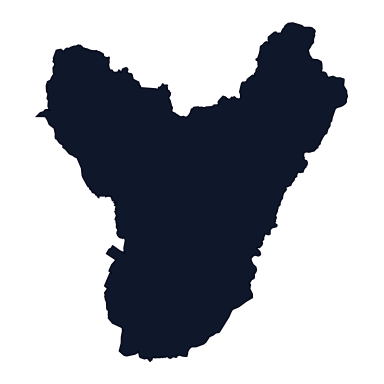 Mueang Lampang, Lampang, Thailand (Natural Earth projection)
{"feature_id": "78962969B84818875496031", "entity_name": "Mueang Lampang", "entity_type": "district", "adm_level": 2, "iso_a3": "THA", "parent_name": "Thailand", "parent_adm1": "Lampang", "projection": "natural_earth1", "projection_center": [99.504, 18.394], "detail": "fine", "context": "isolated", "style": "filled", "palette": "ink", "viewbox_px": 384, "rotation_deg": 0, "n_neighbors": 0, "source": "geoboundaries", "source_scale": "gbopen_adm2", "svg_char_len": 5863}
<svg xmlns="http://www.w3.org/2000/svg" viewBox="0 0 384 384"><path d="M167.2,87.5L166.7,86.3L167.4,85.6L167.2,85.2L163.9,85.3L162.8,84.0L162.2,84.5L162.3,85.5L160.9,86.5L160.2,87.6L159.4,87.4L159.0,88.2L158.6,87.8L158.1,89.3L157.3,89.9L156.3,89.0L140.5,87.8L140.3,86.1L139.4,85.1L138.6,82.1L134.2,80.0L132.8,78.8L132.1,75.0L131.4,73.9L128.4,73.3L127.2,72.6L127.1,71.2L127.8,69.5L126.8,68.0L125.9,67.8L122.8,69.0L121.3,72.5L120.4,72.2L119.6,70.5L118.9,70.2L118.2,71.7L117.2,72.4L113.5,72.4L112.0,70.2L110.0,70.1L109.2,68.5L108.4,64.9L109.0,62.2L108.8,59.8L109.2,57.5L108.6,57.3L107.3,57.9L104.6,57.2L103.4,55.9L103.1,54.0L99.2,51.8L98.5,51.9L96.3,50.7L94.7,51.0L90.9,50.6L86.4,48.8L85.3,48.9L83.8,48.0L82.8,48.5L82.1,46.9L80.3,45.4L79.2,45.5L78.4,45.1L75.7,46.4L74.3,46.2L70.9,47.4L68.9,48.6L67.0,48.3L65.3,49.3L64.2,51.3L62.4,50.7L60.9,49.4L56.4,50.3L53.5,58.2L53.8,59.8L53.2,61.3L53.4,62.0L54.7,63.1L54.9,63.9L54.8,65.2L53.2,67.7L53.4,72.2L54.0,73.9L51.8,77.3L50.6,80.3L47.6,81.7L46.4,85.8L46.7,91.4L48.1,94.0L47.2,98.6L48.6,100.3L48.1,106.2L49.4,109.7L45.8,109.7L44.7,110.4L43.8,111.8L40.3,112.8L36.7,116.4L44.6,116.4L45.9,117.2L47.6,120.0L49.3,124.4L54.3,128.2L55.5,134.1L55.3,136.9L55.6,138.5L56.9,139.1L59.6,142.9L62.6,144.8L63.2,145.6L63.0,147.4L65.5,149.0L69.1,153.4L70.4,154.3L72.7,155.1L74.7,156.7L77.1,157.6L81.6,168.2L82.3,175.5L82.9,177.2L87.9,186.3L89.6,187.2L89.7,188.7L91.5,190.4L92.5,192.4L95.2,193.3L95.9,194.8L96.8,194.7L97.1,195.8L97.6,196.0L98.4,197.5L98.8,197.5L99.0,195.7L103.1,195.9L105.0,195.6L105.7,196.7L107.2,196.1L110.5,196.1L111.6,197.7L112.5,200.5L114.1,201.0L115.6,202.3L114.3,202.8L115.5,203.7L114.7,205.2L116.4,206.2L115.5,209.2L116.3,210.6L115.0,211.4L116.9,216.6L116.0,216.9L115.2,219.4L116.2,220.4L116.2,222.4L116.7,224.1L116.5,227.2L118.2,230.5L117.2,231.9L117.0,233.3L117.9,235.5L119.6,237.4L120.6,237.3L121.0,237.9L122.2,237.8L122.8,238.3L123.8,237.6L124.9,238.0L125.4,240.8L124.0,248.2L124.3,250.2L124.1,251.6L124.6,253.2L119.8,250.9L112.7,245.9L110.7,249.1L109.8,248.9L109.0,249.5L106.6,253.6L116.1,259.8L111.8,264.8L109.1,270.9L111.0,272.4L111.0,273.2L110.4,273.1L109.8,273.8L104.7,285.9L107.8,288.6L104.7,292.8L105.4,295.3L104.9,296.2L105.7,300.0L106.6,301.7L106.9,308.6L107.1,309.4L107.8,309.8L108.7,311.0L108.4,312.9L109.1,313.6L108.3,314.8L108.7,315.6L108.5,318.1L112.6,323.1L121.5,327.2L122.5,328.3L122.5,329.4L123.4,330.6L122.6,330.8L122.9,331.5L122.4,332.1L121.5,337.3L121.4,343.2L119.4,351.0L124.0,355.1L126.5,355.8L135.0,354.0L138.7,351.8L139.7,356.6L140.2,357.3L144.6,358.8L146.4,358.2L147.7,358.4L149.8,361.0L150.1,360.6L150.5,360.9L151.1,360.1L151.7,359.9L152.4,357.6L153.0,357.1L154.0,357.6L154.6,357.2L155.2,357.7L158.6,357.3L159.0,357.7L160.4,356.8L160.7,357.4L162.0,357.0L162.7,357.5L164.1,356.7L165.0,357.3L167.0,356.1L169.3,358.0L170.7,358.1L173.4,356.4L175.6,357.2L176.5,357.1L176.8,356.0L179.3,354.9L182.8,356.0L186.7,356.3L187.5,353.4L187.3,352.2L189.2,348.7L191.4,346.7L196.2,346.6L203.7,343.8L205.8,342.0L209.3,336.6L213.0,335.0L215.8,332.8L218.5,332.4L219.4,331.9L228.7,316.9L231.2,311.2L232.5,309.3L238.6,306.7L246.0,301.3L252.3,297.5L252.2,294.0L249.6,288.7L250.4,284.8L249.3,283.1L251.5,279.5L253.8,278.4L254.3,277.0L254.1,274.3L255.9,271.6L256.4,269.7L255.7,266.9L253.6,265.2L252.3,263.4L251.1,260.5L250.8,258.5L252.8,256.1L254.5,255.2L255.2,255.0L258.5,255.9L260.2,254.8L260.4,254.2L259.9,251.9L256.8,248.4L256.9,247.7L257.7,247.2L259.5,247.5L261.9,244.9L262.4,243.1L261.8,241.0L263.5,239.5L263.6,237.2L265.1,233.6L268.3,234.6L269.3,234.4L270.0,233.9L270.0,230.4L271.0,228.5L272.2,227.6L276.1,226.7L276.9,225.8L276.9,225.0L275.2,223.8L274.6,222.4L275.4,221.4L275.2,220.0L276.3,217.6L275.4,216.1L275.5,215.1L277.3,211.0L277.3,209.4L277.9,208.3L277.9,206.7L280.0,204.8L279.8,203.8L280.8,200.4L282.3,198.4L282.7,195.2L283.8,192.3L284.6,191.8L286.2,189.6L285.5,187.2L290.7,185.2L291.6,182.9L294.0,180.0L294.5,177.8L296.6,176.4L296.6,174.4L297.6,172.8L298.9,171.7L300.2,172.4L303.0,171.9L303.7,169.5L304.6,168.0L305.7,167.2L306.1,165.8L307.0,164.8L307.2,162.6L306.6,160.9L304.7,160.2L303.6,158.9L304.2,157.6L303.4,156.4L303.7,152.9L305.9,151.7L309.1,152.1L314.3,150.7L315.9,148.7L317.6,147.7L318.1,145.5L320.1,143.8L320.1,142.3L322.6,137.4L324.5,134.5L326.6,133.2L327.8,128.8L329.8,126.0L330.1,122.2L331.5,121.0L332.1,117.5L335.1,108.8L336.8,107.4L341.1,106.2L343.5,104.9L345.4,103.2L346.3,101.9L346.2,99.6L347.3,96.3L346.5,92.8L346.5,90.8L343.4,85.7L344.0,80.0L343.8,79.2L340.2,78.0L336.4,78.0L333.1,76.4L328.0,77.6L326.9,75.7L326.6,74.3L325.6,73.0L323.7,72.1L321.7,72.3L321.3,70.9L321.9,68.7L321.7,63.9L321.1,61.8L317.7,59.9L312.4,59.4L309.4,55.1L308.1,50.0L309.9,47.5L311.3,44.8L313.4,42.5L313.3,39.3L314.6,35.2L314.2,33.1L315.1,31.7L314.7,30.2L312.0,28.0L310.0,27.5L303.9,27.5L301.9,25.7L292.8,23.0L288.2,23.5L285.3,25.7L284.3,27.7L282.6,29.6L281.2,33.2L277.1,33.4L275.9,32.1L274.3,32.4L268.5,37.1L268.3,39.5L269.2,42.9L268.2,43.0L266.9,41.9L266.2,41.9L264.7,42.7L262.5,45.3L260.9,46.1L260.3,47.8L260.4,49.4L259.6,53.2L258.0,58.0L256.1,59.4L256.4,60.1L258.1,61.0L258.1,64.4L258.6,66.7L256.3,69.5L256.0,72.0L254.5,74.0L254.5,75.7L252.4,75.4L247.4,79.3L246.6,81.7L244.1,82.4L242.8,82.2L241.7,83.4L239.7,91.9L240.6,93.8L240.8,97.6L239.6,99.2L236.6,98.8L234.2,96.8L233.2,97.6L231.5,97.4L230.6,99.2L227.9,99.4L227.7,98.8L226.3,98.6L226.4,97.9L225.6,97.2L223.0,96.3L218.6,101.2L218.2,102.4L218.8,104.1L217.4,105.1L214.2,105.1L212.1,106.8L206.2,107.1L204.8,107.9L201.3,107.3L199.5,107.7L198.4,107.0L193.9,107.4L192.6,108.8L191.5,109.2L190.4,112.9L188.5,115.9L186.0,117.6L183.5,116.5L180.9,117.0L179.3,116.4L176.9,114.6L175.7,114.2L175.0,113.3L172.1,112.1L171.5,110.1L172.1,108.9L172.2,107.2L171.3,106.1L170.7,103.2L170.2,102.6L170.4,101.9L170.1,100.8L168.6,98.2L168.7,97.3L170.1,95.1L170.4,92.9L169.2,91.9L169.2,91.1L167.3,89.9L167.2,87.5Z" fill="#0f172a" stroke="#020617" stroke-width="1.5"/></svg>